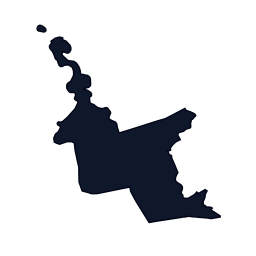 Do Son, Hải Phòng, Vietnam, rotated 187°
{"feature_id": "81297802B95607767906649", "entity_name": "Do Son", "entity_type": "district", "adm_level": 2, "iso_a3": "VNM", "parent_name": "Vietnam", "parent_adm1": "Hải Phòng", "projection": "mercator", "projection_center": [106.765, 20.712], "detail": "fine", "context": "isolated", "style": "filled", "palette": "ink", "viewbox_px": 256, "rotation_deg": 187, "n_neighbors": 0, "source": "geoboundaries", "source_scale": "gbopen_adm2", "svg_char_len": 4276}
<svg xmlns="http://www.w3.org/2000/svg" viewBox="0 0 256 256"><g transform="rotate(187 128 128)"><path d="M165.8,60.0L159.0,59.0L156.6,58.4L153.6,58.7L150.5,59.2L145.0,61.0L129.8,66.1L120.1,69.3L118.7,69.7L118.5,68.2L118.3,67.6L118.0,66.8L117.8,65.9L116.8,64.3L113.7,59.8L112.4,58.0L110.9,56.0L109.1,53.7L107.9,52.2L107.2,51.4L100.8,43.4L95.5,36.8L86.7,39.5L82.6,40.6L65.3,45.5L62.7,46.3L59.7,46.9L58.9,47.2L57.9,47.6L57.0,47.8L52.2,47.8L49.3,48.0L47.4,48.0L46.7,48.0L38.5,48.4L36.3,48.4L35.0,48.2L34.8,48.2L29.6,49.7L25.7,50.9L25.9,52.0L31.1,54.5L35.9,56.8L34.6,58.7L35.0,59.0L35.9,59.4L36.6,59.3L38.0,59.4L39.0,59.3L40.5,59.0L40.8,59.0L40.9,59.4L41.3,59.9L41.8,60.2L42.9,60.5L43.5,61.0L44.2,62.3L44.4,63.2L44.4,64.3L43.3,68.1L43.2,69.1L43.2,70.2L43.3,71.0L43.3,71.5L43.0,72.2L41.9,75.2L44.0,76.2L49.9,71.7L52.0,72.8L53.0,71.1L53.4,70.6L54.3,69.6L55.3,68.9L56.5,68.0L57.2,67.4L57.6,67.1L57.9,66.9L58.5,66.4L59.0,66.0L59.7,65.7L60.5,65.4L61.3,65.3L62.0,65.2L63.2,65.2L63.8,65.1L65.3,65.9L65.2,67.0L65.3,67.8L66.8,69.2L67.1,69.7L67.2,70.2L67.3,70.9L66.7,73.8L66.7,74.6L66.7,75.5L66.9,76.0L67.2,76.6L67.5,77.1L68.5,78.0L72.1,79.7L73.5,80.6L73.9,81.0L74.1,81.2L74.5,81.7L74.7,82.8L74.8,83.8L74.8,84.5L74.7,85.2L74.5,86.0L74.1,87.4L73.1,89.8L73.9,91.2L77.0,96.8L80.8,103.2L81.1,104.0L81.4,105.6L81.7,106.0L82.1,106.2L83.4,106.4L83.8,106.7L84.2,107.0L84.4,107.6L84.6,108.1L85.9,109.7L83.2,111.1L83.0,111.4L83.6,112.7L83.6,113.0L83.5,113.4L82.4,115.3L81.4,117.1L79.1,119.8L78.0,120.7L75.5,122.4L75.0,122.5L74.8,122.7L74.8,122.9L75.2,123.5L77.3,126.3L77.6,126.7L77.7,127.1L77.7,127.6L77.5,128.8L77.1,129.5L76.7,129.8L73.6,131.1L72.7,131.4L72.2,131.8L71.9,132.2L70.3,133.9L69.6,134.3L66.4,135.7L66.1,136.0L65.9,137.2L66.4,139.5L66.5,140.1L66.4,141.1L66.2,143.5L66.0,144.0L65.8,144.3L65.1,144.6L64.9,144.8L63.8,146.6L62.7,147.8L62.5,148.1L62.4,148.4L62.5,148.9L62.6,149.3L63.1,149.7L64.6,150.5L68.3,151.7L72.5,152.5L73.9,154.3L82.4,148.4L91.6,142.1L92.7,141.5L98.9,138.9L125.0,126.9L135.8,122.1L136.3,122.3L136.5,122.4L137.7,125.2L138.5,126.7L138.9,128.1L139.9,131.0L141.2,132.3L145.1,133.5L147.2,134.3L147.9,134.9L148.1,135.5L148.1,136.2L148.2,136.9L147.1,140.8L147.5,141.9L150.5,145.1L151.7,145.6L153.0,145.4L154.8,144.4L157.2,144.1L159.9,144.4L161.9,145.2L164.7,147.0L168.5,148.0L169.0,149.2L170.1,153.8L169.1,154.6L168.5,155.2L168.3,155.5L168.2,155.9L168.5,157.7L169.6,158.9L172.5,160.3L176.4,161.3L176.6,161.6L175.8,162.1L174.2,162.8L172.1,163.5L171.1,164.6L170.5,165.8L170.5,167.3L171.0,169.7L171.2,171.3L171.8,173.2L173.0,174.4L174.7,175.3L176.4,175.2L177.6,175.5L179.6,175.7L181.2,175.6L181.8,176.0L182.4,179.0L183.5,181.4L184.5,183.1L187.0,186.0L189.9,187.6L193.5,187.5L196.4,187.8L197.6,188.9L200.0,190.6L202.0,192.1L202.5,193.3L202.5,195.3L200.3,195.6L197.6,194.9L196.0,195.4L195.0,196.8L194.3,198.5L194.5,200.7L195.7,203.0L200.0,206.6L203.7,207.6L203.8,209.5L207.0,209.9L211.3,208.2L215.0,204.7L214.1,203.5L214.6,202.4L215.9,199.9L215.6,198.1L214.2,196.5L212.8,195.3L210.9,192.7L209.4,189.8L208.7,188.2L207.4,187.0L206.2,186.5L205.2,184.0L203.9,181.7L202.6,180.9L201.1,181.0L199.2,182.3L197.3,183.0L194.5,183.3L192.6,182.4L190.6,181.3L189.1,178.3L188.5,175.3L188.5,175.2L188.5,174.6L188.5,173.9L188.6,173.1L189.0,171.8L190.3,168.1L190.5,167.5L193.0,165.3L193.6,164.4L193.9,163.5L193.9,162.2L193.5,159.8L192.4,158.4L191.3,157.3L189.9,156.3L188.4,156.3L187.0,156.6L185.6,156.6L184.7,156.1L184.3,155.1L184.0,154.0L184.5,151.9L184.8,151.0L184.4,150.0L183.5,149.5L180.9,148.3L180.8,147.7L180.9,147.1L180.9,146.4L181.9,143.6L182.9,140.6L189.3,131.4L193.3,126.8L194.8,125.9L195.4,125.5L197.8,125.6L198.8,124.2L198.2,122.6L196.0,121.8L195.1,120.6L195.6,118.2L197.2,115.1L199.2,113.1L200.4,108.9L199.4,105.1L196.9,104.2L193.9,103.6L186.9,107.0L181.9,107.6L179.4,106.5L177.7,99.3L173.3,86.6L172.9,85.6L172.0,83.1L171.0,75.5L169.9,68.2L165.8,60.0ZM228.0,219.2L228.7,218.9L229.4,218.4L229.9,217.7L230.1,217.1L230.3,216.4L230.3,215.6L230.1,215.0L229.9,214.4L229.6,213.9L229.0,213.6L228.3,213.4L227.3,213.4L226.5,213.3L225.2,213.2L224.0,213.1L223.2,213.1L222.7,213.2L222.1,213.7L221.8,214.0L221.4,214.4L221.4,214.8L221.5,215.4L221.6,216.0L221.9,216.5L222.7,217.2L223.6,217.8L225.4,218.7L226.3,219.0L227.2,219.2L228.0,219.2Z" fill="#0f172a" stroke="#020617" stroke-width="1.5"/></g></svg>